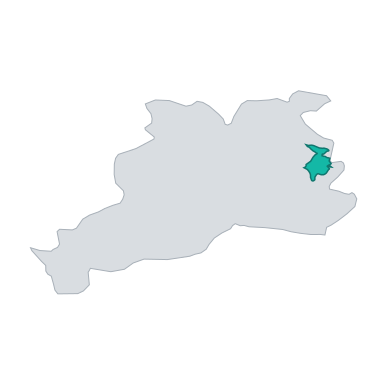 where Nova Goriška sits in Slovenia, rotated 177°
{"feature_id": "SVN-260", "entity_name": "Nova Goriška", "entity_type": "Statistical Region", "adm_level": 1, "iso_a3": "SVN", "parent_name": "Slovenia", "parent_adm1": "", "projection": "natural_earth1", "projection_center": [13.71, 45.972], "detail": "fine", "context": "in_parent", "style": "filled", "palette": "teal", "viewbox_px": 384, "rotation_deg": 177, "n_neighbors": 0, "source": "natural_earth", "source_scale": "10m", "svg_char_len": 2838}
<svg xmlns="http://www.w3.org/2000/svg" viewBox="0 0 384 384"><g transform="rotate(177 192 192)"><path d="M356.2,144.8L346.9,141.5L335.7,140.2L333.7,141.9L329.2,143.7L327.0,146.9L328.8,159.5L326.2,161.7L313.5,160.4L309.3,161.9L302.5,170.6L295.5,174.3L286.5,177.0L279.9,180.1L271.5,182.9L264.4,184.6L261.6,188.4L259.9,192.7L260.4,196.8L267.7,204.8L268.8,213.5L268.1,224.0L266.5,229.7L263.6,233.4L245.7,238.3L227.2,246.9L226.8,248.9L235.3,256.6L235.7,258.5L228.7,262.9L228.0,267.3L228.9,272.4L232.6,277.7L234.0,282.4L223.8,285.8L209.9,284.5L193.5,278.0L187.7,278.9L182.2,282.3L176.5,280.9L170.2,276.8L161.4,268.4L157.0,263.3L155.3,257.8L152.8,257.0L149.2,258.6L146.2,265.3L138.0,277.2L132.0,280.4L122.8,279.7L110.0,279.9L102.1,280.9L92.3,276.7L90.0,277.5L89.9,280.3L86.3,284.7L80.3,287.5L52.6,281.1L48.7,275.7L54.9,273.2L63.6,266.3L69.5,267.0L76.7,265.6L79.9,262.6L75.3,253.9L63.8,243.1L57.7,239.0L49.3,236.3L47.8,233.4L52.5,216.4L51.1,214.0L41.5,214.8L39.2,213.0L38.5,210.1L39.1,206.0L45.6,199.4L52.8,193.6L54.7,190.3L54.5,187.7L45.3,185.1L39.7,182.5L35.3,181.5L32.3,183.0L30.0,181.3L27.8,176.5L30.1,169.0L38.3,162.2L47.2,156.1L54.9,151.6L59.4,149.7L61.5,142.1L66.1,142.9L75.3,143.3L85.5,145.0L95.0,147.1L103.3,149.8L120.9,152.6L136.9,154.3L141.7,155.9L145.6,155.8L150.5,158.1L153.3,156.3L155.4,153.3L164.1,149.6L172.1,144.9L177.7,138.8L180.8,134.1L186.3,130.7L192.2,129.7L197.5,128.0L220.1,125.8L243.4,127.5L254.4,124.2L263.5,118.4L276.8,116.7L277.5,116.7L297.5,121.1L299.0,118.5L299.9,117.4L299.4,104.7L305.6,98.9L311.4,96.5L331.3,97.3L334.0,101.2L335.1,107.2L336.9,115.3L340.3,117.5L342.1,120.7L341.9,126.3L345.8,130.5L355.0,141.8L356.2,144.8Z" fill="#d9dde1" stroke="#a8b0b8" stroke-width="1"/><path d="M52.6,218.5L53.4,215.8L51.6,213.2L51.1,213.4L52.2,212.5L53.8,211.8L51.4,209.6L52.6,209.8L53.0,210.0L53.7,210.4L54.1,210.8L54.4,211.1L54.9,211.2L55.3,211.0L55.6,210.7L55.0,209.9L53.6,208.2L53.7,207.7L54.5,207.2L56.8,204.0L58.0,203.1L59.6,202.4L62.1,202.5L64.9,203.6L65.7,203.6L66.9,202.7L67.9,201.2L68.5,200.4L68.7,197.8L70.0,196.8L71.3,196.8L72.0,197.5L72.9,200.5L72.8,201.4L72.8,203.0L73.2,204.6L74.2,206.5L75.2,207.9L76.0,208.7L78.9,210.4L77.5,211.0L76.6,212.2L76.6,213.5L71.9,216.5L69.3,220.4L67.1,222.7L66.4,222.9L65.0,223.8L65.1,224.2L65.6,224.4L66.5,224.9L67.3,225.8L68.8,226.6L70.6,228.3L71.1,228.8L71.5,229.3L71.8,229.6L72.1,230.1L72.5,230.5L74.2,231.3L74.5,231.6L75.6,233.2L73.3,232.4L72.1,232.5L69.9,232.5L68.1,232.0L62.5,229.3L59.3,228.8L57.9,228.9L55.1,228.0L54.1,227.4L53.2,226.5L53.2,226.1L53.7,225.8L54.6,225.7L55.2,225.6L56.0,225.0L58.0,223.3L59.1,222.9L59.7,223.1L60.0,222.9L60.1,222.6L60.2,221.7L60.1,221.2L59.7,221.2L59.3,221.2L59.1,221.1L58.8,220.8L58.6,220.7L58.3,220.7L57.9,220.7L57.4,220.6L56.9,220.4L55.9,219.6L55.2,219.2L54.5,219.1L52.6,218.5Z" fill="#14b8a6" stroke="#0f766e" stroke-width="1.5"/></g></svg>